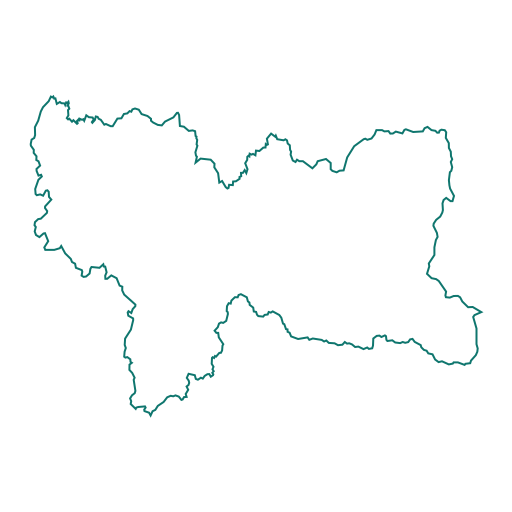 the district of Manizales, Caldas, Colombia
{"feature_id": "7082276B74376648695935", "entity_name": "Manizales", "entity_type": "district", "adm_level": 2, "iso_a3": "COL", "parent_name": "Colombia", "parent_adm1": "Caldas", "projection": "equal_earth", "projection_center": [-75.513, 5.074], "detail": "fine", "context": "isolated", "style": "outline", "palette": "teal", "viewbox_px": 512, "rotation_deg": 0, "n_neighbors": 0, "source": "geoboundaries", "source_scale": "gbopen_adm2", "svg_char_len": 6013}
<svg xmlns="http://www.w3.org/2000/svg" viewBox="0 0 512 512"><path d="M454.0,195.9L450.1,188.6L449.4,185.3L448.9,180.1L449.9,172.2L451.3,170.8L452.2,167.2L450.8,162.0L452.2,159.2L451.0,156.2L450.8,151.7L448.9,148.0L448.8,143.1L445.8,137.9L446.2,132.3L444.8,130.2L441.4,129.7L439.6,130.7L438.9,132.6L437.2,132.7L435.4,130.8L431.5,130.1L427.5,126.9L424.6,128.2L422.8,131.4L413.2,132.0L405.9,129.3L404.4,129.9L402.4,133.4L395.8,131.6L392.9,133.5L390.3,133.6L388.5,131.1L384.4,131.4L382.0,130.1L376.4,130.1L374.6,134.5L371.5,138.5L367.3,139.8L365.3,138.7L363.7,139.2L354.2,146.2L347.2,157.4L343.6,170.4L339.5,170.7L336.7,172.3L332.4,170.9L330.7,169.2L330.7,163.0L326.0,159.0L317.7,161.2L316.3,164.4L312.4,168.3L302.9,161.2L299.3,161.2L297.0,159.7L295.5,162.0L292.8,160.5L290.6,154.7L291.1,151.6L290.1,149.9L289.8,145.3L287.7,143.5L287.0,140.4L285.4,139.3L283.6,140.3L277.2,139.2L275.8,135.6L275.2,136.7L271.1,133.6L266.9,138.7L267.9,144.4L266.8,144.9L265.8,144.1L265.5,147.5L263.3,147.6L259.4,151.0L256.0,150.6L255.4,155.3L253.0,153.9L251.6,154.6L249.7,153.7L249.4,156.4L248.5,155.7L247.3,156.8L247.2,159.9L245.2,163.2L247.5,169.2L246.3,173.1L244.7,170.1L242.9,172.9L241.0,172.9L241.2,176.2L239.5,177.0L239.6,178.8L235.9,181.3L233.1,181.5L232.8,185.1L229.1,184.8L228.5,188.0L227.4,188.5L225.7,187.1L222.1,181.0L219.3,182.6L218.1,173.2L214.3,167.3L214.5,163.7L210.7,159.7L200.6,158.6L195.6,162.6L196.9,156.7L196.0,155.7L195.4,152.3L197.4,145.7L196.6,144.4L197.2,139.9L196.3,138.1L196.5,136.6L195.6,136.0L195.1,131.2L192.6,130.4L188.8,130.9L183.9,126.7L179.9,126.0L179.1,115.0L178.0,112.8L176.9,112.9L173.4,117.4L165.0,121.6L161.8,125.4L157.8,124.9L153.1,122.5L151.0,120.7L151.0,118.8L147.5,116.0L141.6,114.1L138.8,109.7L135.0,108.5L132.4,109.4L131.3,111.7L129.6,111.1L127.3,113.4L123.9,114.0L121.4,118.3L117.4,118.6L112.7,126.2L110.7,126.2L105.9,124.0L104.3,124.7L100.8,119.8L98.7,118.8L97.6,116.9L95.8,116.5L94.9,120.0L92.4,122.8L91.9,122.1L93.7,119.5L92.6,117.5L88.9,117.2L86.3,115.3L84.2,120.8L83.3,119.2L82.1,119.8L79.6,118.7L79.4,121.3L78.7,119.2L76.9,121.1L77.7,123.2L77.0,123.8L73.4,120.2L72.0,121.7L69.3,118.7L68.1,119.4L66.8,118.1L68.4,115.4L68.0,110.1L69.3,108.7L68.3,105.9L67.5,105.7L68.8,103.3L68.4,101.7L67.3,103.0L66.2,102.4L65.2,105.0L64.5,103.4L61.4,103.2L59.9,102.0L56.8,103.9L55.4,98.4L54.2,98.6L53.3,96.5L52.3,97.4L50.9,96.6L48.7,101.2L43.0,107.2L40.8,111.5L38.2,120.7L34.9,127.2L35.1,135.1L34.2,138.0L31.6,139.6L30.7,144.1L30.9,145.7L33.8,149.8L33.7,152.9L36.5,156.3L36.3,160.0L38.5,161.3L40.1,165.6L36.5,169.0L36.6,170.9L38.5,175.6L41.1,174.8L41.8,176.5L38.4,179.8L35.2,189.0L35.6,194.0L36.8,195.2L40.2,194.4L43.1,195.7L45.8,190.7L47.4,190.3L48.7,191.8L49.0,196.9L51.3,199.6L45.1,206.4L45.0,208.0L47.2,211.1L46.9,212.9L40.8,218.7L38.2,219.1L35.0,222.1L34.5,225.2L35.8,227.0L34.7,231.4L36.0,235.0L39.4,237.1L43.5,233.5L45.0,233.2L48.2,241.2L44.3,247.4L45.3,249.9L54.2,249.9L59.8,248.2L61.2,246.0L65.2,253.4L70.8,258.9L72.0,262.0L75.1,263.7L75.9,267.8L81.8,270.1L82.3,271.7L81.6,275.6L83.6,276.9L86.1,276.5L89.6,273.5L90.4,268.8L91.5,267.0L99.5,267.8L103.3,264.3L103.8,266.5L105.2,266.6L106.6,272.3L105.2,275.7L105.4,278.8L107.2,278.8L111.3,275.4L116.6,278.2L119.6,285.6L122.3,286.7L122.2,290.4L124.2,294.6L135.4,304.6L135.3,306.2L132.7,309.1L131.3,313.0L128.5,311.2L127.7,312.5L128.3,315.7L133.1,318.4L133.2,320.1L130.9,329.6L125.1,338.6L124.7,344.9L125.8,348.0L124.6,351.7L124.2,356.7L125.4,357.6L127.3,357.1L130.3,359.3L130.5,361.9L131.8,362.8L129.5,364.6L129.4,369.9L132.2,372.9L134.6,377.7L133.7,379.8L135.4,390.9L134.7,393.2L132.0,395.3L130.1,398.4L131.2,401.2L130.7,404.0L135.7,408.9L136.3,407.6L138.2,407.0L145.0,406.4L145.6,407.6L144.2,409.7L144.5,411.1L149.1,412.7L150.6,415.5L152.6,411.2L155.3,409.9L157.8,405.9L163.6,402.0L167.2,397.3L170.7,395.8L173.2,396.3L175.5,395.4L178.8,396.6L181.4,399.9L182.6,399.5L184.0,397.1L186.6,396.9L185.7,394.0L188.2,389.8L186.6,386.5L188.5,385.0L189.2,382.8L188.7,380.6L186.8,377.9L188.6,373.8L194.8,375.2L195.8,378.9L197.9,379.7L200.9,377.7L202.8,378.6L204.7,375.9L207.4,374.2L209.3,374.1L210.8,376.7L213.0,375.2L213.3,374.3L212.3,372.8L213.7,371.2L212.5,369.3L213.5,366.8L211.7,363.8L212.0,357.9L212.7,357.2L214.1,358.0L215.0,356.0L216.1,356.6L219.3,352.9L220.9,352.8L222.1,350.5L222.5,345.6L223.3,344.2L218.8,337.4L218.2,332.9L216.4,332.9L214.6,330.7L217.8,327.2L219.0,323.6L221.1,322.4L223.2,322.9L226.2,320.9L227.9,314.0L227.7,312.1L226.7,311.1L227.0,306.2L228.7,303.2L230.7,303.6L231.4,300.6L234.9,297.2L237.7,297.3L238.6,295.0L240.9,294.2L246.8,297.3L247.9,301.4L249.4,302.5L249.7,304.9L253.2,307.6L253.8,311.5L256.1,311.9L257.0,314.7L258.3,316.1L263.2,316.6L264.6,314.9L267.7,314.5L268.7,312.0L270.8,312.6L272.7,311.4L279.3,315.0L281.3,317.7L283.0,323.6L284.3,324.2L286.0,329.1L287.5,329.4L287.6,331.8L289.6,332.7L291.1,336.4L298.1,339.0L307.6,337.4L309.3,339.8L312.8,338.5L321.7,339.9L324.1,341.5L326.3,340.5L328.8,342.9L334.6,343.3L338.0,345.2L342.4,344.7L344.8,342.0L347.0,343.6L349.2,343.3L352.0,344.4L355.1,347.0L358.4,346.6L363.5,349.1L367.2,347.5L368.9,348.9L372.2,348.3L373.0,345.6L373.3,338.5L376.7,335.9L379.4,335.6L381.4,337.0L384.9,335.4L386.0,336.2L386.4,339.8L387.4,341.0L392.3,340.3L395.2,342.5L400.2,343.1L402.7,342.0L405.2,342.8L408.2,342.1L410.1,339.4L412.5,338.9L414.7,341.9L420.7,345.1L421.3,347.3L423.9,349.9L426.6,350.7L428.3,353.4L432.5,354.3L435.1,359.5L438.6,362.1L442.0,361.3L448.8,364.4L452.8,363.6L453.6,362.4L457.9,362.4L464.6,364.9L465.4,363.8L470.2,363.2L471.0,360.6L475.8,355.2L477.3,351.8L477.7,348.5L476.5,344.2L476.5,328.5L473.2,317.0L474.5,315.1L481.3,312.1L472.7,307.0L468.1,307.2L462.3,301.5L460.1,297.3L457.9,295.9L453.7,296.0L449.8,297.6L445.9,297.2L445.4,295.4L446.1,291.6L438.8,281.0L436.1,279.1L431.6,278.2L427.0,273.8L429.3,266.3L428.8,263.5L434.4,255.0L434.4,247.3L435.9,240.0L437.6,236.9L436.9,232.9L433.4,225.8L433.7,223.6L436.2,219.8L440.2,216.6L442.3,212.6L442.9,210.1L442.5,203.4L443.6,200.0L446.2,197.9L450.5,201.1L452.5,201.1L454.0,195.9Z" fill="none" stroke="#0f766e" stroke-width="2"/></svg>